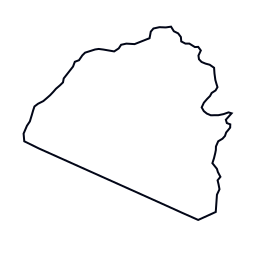 the district of Pariconha, Alagoas, Brazil, rotated 355°
{"feature_id": "56859067B9061057080980", "entity_name": "Pariconha", "entity_type": "district", "adm_level": 2, "iso_a3": "BRA", "parent_name": "Brazil", "parent_adm1": "Alagoas", "projection": "albers", "projection_center": [-38.028, -9.246], "detail": "fine", "context": "isolated", "style": "outline", "palette": "ink", "viewbox_px": 256, "rotation_deg": 355, "n_neighbors": 0, "source": "geoboundaries", "source_scale": "gbopen_adm2", "svg_char_len": 1291}
<svg xmlns="http://www.w3.org/2000/svg" viewBox="0 0 256 256"><g transform="rotate(355 128 128)"><path d="M23.5,132.2L37.4,140.6L56.4,151.2L143.0,199.5L174.7,217.3L189.9,225.7L208.1,219.3L210.8,202.2L213.8,197.0L213.3,192.0L212.7,187.9L215.8,184.7L213.7,179.7L213.0,176.4L211.2,173.7L209.0,170.4L211.0,165.7L212.7,160.7L213.6,157.6L214.0,154.1L216.7,149.1L221.2,146.9L223.9,144.4L225.4,141.0L227.6,138.8L229.8,136.5L230.2,133.3L226.9,131.7L226.2,128.3L229.1,125.6L232.5,122.4L229.5,121.2L224.4,122.5L219.2,123.1L215.1,122.8L211.5,122.5L207.8,120.5L205.0,117.8L203.2,113.9L205.8,109.4L209.3,106.0L212.5,103.3L214.4,100.4L218.5,98.2L220.7,95.1L220.0,91.9L219.2,87.7L218.9,81.1L219.0,75.5L214.9,72.1L210.8,70.6L207.0,68.6L204.7,65.7L204.5,62.0L207.3,57.1L205.0,53.3L201.7,53.2L198.9,51.1L196.5,49.3L192.5,48.9L188.6,46.4L188.6,42.0L186.2,38.1L182.1,35.6L179.7,30.8L174.4,31.1L168.1,30.3L162.0,31.1L159.1,34.0L157.3,40.4L141.9,45.0L133.7,43.8L128.4,44.5L125.7,47.9L120.9,50.5L110.3,47.7L105.7,46.7L102.1,46.9L91.8,49.2L88.8,51.7L85.1,56.2L80.8,57.4L78.6,62.0L68.3,73.0L67.2,76.9L63.9,79.6L59.7,82.6L56.7,85.5L53.2,88.6L50.2,90.8L46.0,93.8L40.5,96.0L36.7,98.4L35.0,102.3L33.3,106.7L30.8,112.9L27.5,117.0L25.8,120.2L23.5,124.5L23.5,132.2Z" fill="none" stroke="#020617" stroke-width="2"/></g></svg>